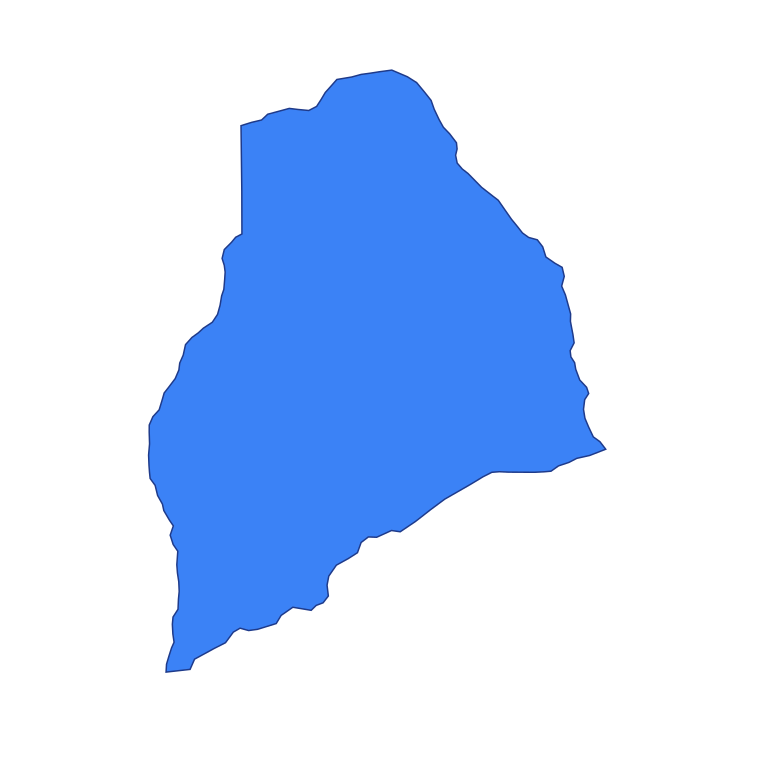 Xambrê, Paraná, Brazil, rotated 277°
{"feature_id": "56859067B85711864918383", "entity_name": "Xambrê", "entity_type": "district", "adm_level": 2, "iso_a3": "BRA", "parent_name": "Brazil", "parent_adm1": "Paraná", "projection": "orthographic", "projection_center": [-53.6, -23.75], "detail": "fine", "context": "isolated", "style": "filled", "palette": "blue", "viewbox_px": 768, "rotation_deg": 277, "n_neighbors": 0, "source": "geoboundaries", "source_scale": "gbopen_adm2", "svg_char_len": 2181}
<svg xmlns="http://www.w3.org/2000/svg" viewBox="0 0 768 768"><g transform="rotate(277 384 384)"><path d="M521.5,546.6L524.7,538.9L529.8,529.2L539.5,524.8L545.8,518.6L547.1,509.7L550.8,503.0L556.3,497.5L563.1,490.4L571.0,483.3L580.3,475.0L583.7,469.2L591.1,456.9L596.6,450.0L603.2,441.7L606.9,435.5L612.2,429.7L619.8,427.2L626.2,427.9L632.3,426.5L640.2,418.8L646.1,411.6L653.1,406.5L662.9,400.3L671.2,396.2L678.6,388.7L687.1,379.7L691.8,369.8L696.5,353.5L693.5,341.9L690.8,332.4L688.5,323.6L684.8,314.6L680.5,300.1L671.9,294.2L666.2,290.2L658.7,286.9L651.3,283.3L646.3,276.0L646.0,265.1L646.0,256.4L642.0,246.6L637.6,235.7L631.1,230.3L627.6,220.8L623.0,210.6L557.8,219.4L515.6,224.7L511.6,218.9L506.1,215.4L498.0,209.1L488.9,208.0L482.3,211.0L475.7,212.7L468.7,213.1L458.4,213.5L451.7,212.1L442.2,211.7L432.8,210.3L424.4,206.1L417.4,197.9L412.1,193.4L406.8,187.7L398.9,182.2L388.2,181.2L379.9,178.7L372.9,178.7L363.9,176.1L353.9,170.3L348.3,166.9L341.3,165.8L331.0,164.0L323.4,158.6L314.7,156.0L307.7,156.8L296.0,158.6L284.8,159.0L274.4,160.7L267.8,162.0L261.7,163.4L255.5,169.2L245.7,172.9L237.8,178.7L231.5,180.9L222.5,187.8L217.5,192.2L207.9,190.2L199.0,194.3L192.9,199.7L179.3,200.4L171.3,202.0L162.7,204.4L153.1,206.0L145.4,206.2L135.3,207.0L127.0,203.0L119.8,203.2L110.2,204.9L102.1,207.1L96.2,205.3L87.7,203.7L79.4,202.3L71.5,202.8L77.1,226.3L87.8,229.5L100.7,247.5L107.9,258.2L119.4,264.7L124.1,270.9L122.8,279.7L125.1,288.4L133.1,306.2L141.8,310.1L146.8,315.7L151.3,320.7L150.5,339.3L156.0,343.7L159.4,350.2L166.8,354.6L177.4,352.0L186.6,352.6L198.4,358.8L206.6,370.1L213.3,378.2L223.9,380.6L230.3,387.1L231.0,395.4L239.5,409.3L239.3,418.1L251.6,432.2L264.9,445.5L277.1,458.3L295.1,482.3L304.0,493.6L309.5,501.8L311.0,509.2L311.7,518.3L314.7,544.0L316.4,553.8L317.8,560.4L324.0,567.2L328.7,577.1L333.7,584.4L338.1,596.8L346.3,612.0L353.0,605.4L357.0,598.2L366.3,592.3L374.5,587.6L383.2,585.1L392.9,585.1L399.5,588.3L405.4,585.5L411.8,577.8L422.0,572.5L428.4,570.6L433.7,566.2L439.8,564.7L448.0,567.7L456.1,565.5L462.9,563.3L468.9,561.4L476.3,560.7L484.8,557.2L494.5,553.2L502.8,548.4L512.8,549.8L521.5,546.6Z" fill="#3b82f6" stroke="#1e3a8a" stroke-width="1.5"/></g></svg>